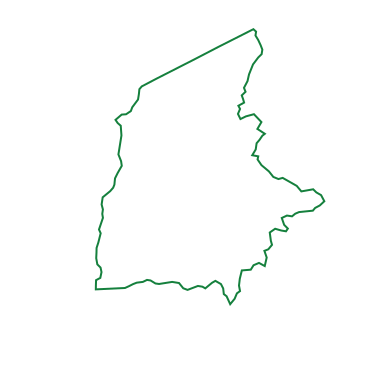 Rolante, Rio Grande do Sul, Brazil (Albers equal-area conic projection), rotated 333°
{"feature_id": "56859067B79381959059514", "entity_name": "Rolante", "entity_type": "district", "adm_level": 2, "iso_a3": "BRA", "parent_name": "Brazil", "parent_adm1": "Rio Grande do Sul", "projection": "albers", "projection_center": [-50.543, -29.636], "detail": "fine", "context": "isolated", "style": "outline", "palette": "green", "viewbox_px": 384, "rotation_deg": 333, "n_neighbors": 0, "source": "geoboundaries", "source_scale": "gbopen_adm2", "svg_char_len": 1819}
<svg xmlns="http://www.w3.org/2000/svg" viewBox="0 0 384 384"><g transform="rotate(333 192 192)"><path d="M320.6,74.8L281.0,74.7L255.2,74.9L238.2,74.9L221.7,74.9L212.2,74.9L195.2,75.1L191.8,76.5L189.1,80.7L185.9,85.1L177.2,89.4L174.3,92.1L168.5,92.8L164.5,91.1L156.6,93.0L157.1,96.9L158.6,100.6L154.8,109.6L146.8,120.6L143.5,125.1L142.8,132.4L141.3,136.8L134.3,141.4L129.6,144.9L126.2,150.2L123.7,152.4L119.5,154.1L110.0,156.2L105.8,162.1L104.7,167.1L102.1,170.8L100.9,174.6L96.7,178.7L92.1,183.2L91.9,187.3L85.6,194.5L81.6,198.5L79.4,202.6L76.6,207.5L74.8,213.5L76.2,217.8L75.0,222.3L71.3,226.9L66.5,227.0L63.9,231.7L62.1,235.1L88.7,247.1L93.1,247.3L97.6,247.3L101.6,247.7L107.4,249.8L112.0,249.9L114.9,252.0L117.9,256.9L120.9,259.0L133.5,263.1L139.1,267.2L140.5,273.8L143.6,277.2L154.6,278.4L158.3,281.1L160.1,283.9L168.6,282.0L172.5,281.8L176.0,287.2L176.0,292.1L174.0,297.4L175.5,300.6L175.1,309.3L181.5,306.5L186.0,302.7L189.8,302.1L191.4,296.7L195.2,291.0L200.8,284.5L209.1,287.9L213.6,285.2L219.5,285.6L223.2,291.0L228.8,284.3L229.8,277.3L234.0,277.7L239.3,275.4L240.1,271.3L242.9,263.4L249.4,262.5L254.0,266.8L257.9,269.7L260.8,268.1L259.2,263.1L260.2,255.9L265.9,256.1L270.1,259.1L274.1,258.2L278.3,258.5L291.2,263.5L294.5,262.1L299.8,262.0L305.7,260.3L305.6,253.4L302.6,248.8L301.2,244.6L289.7,241.1L288.1,234.1L279.2,220.6L274.9,219.7L271.3,215.5L269.9,208.6L266.1,199.7L265.2,192.8L267.2,190.3L262.4,186.6L268.1,183.0L271.7,177.9L275.8,176.2L280.2,173.8L283.3,173.2L278.9,165.5L285.6,161.2L282.5,150.8L274.4,149.1L268.3,149.0L268.4,143.3L272.5,139.8L272.5,136.2L279.0,136.0L279.7,132.4L280.2,128.5L285.2,127.0L285.6,122.8L291.8,118.4L296.2,113.1L304.3,106.0L312.1,102.2L316.6,100.8L319.3,97.1L319.8,92.4L320.0,86.5L319.6,81.4L321.9,78.2L320.6,74.8Z" fill="none" stroke="#15803d" stroke-width="2"/></g></svg>